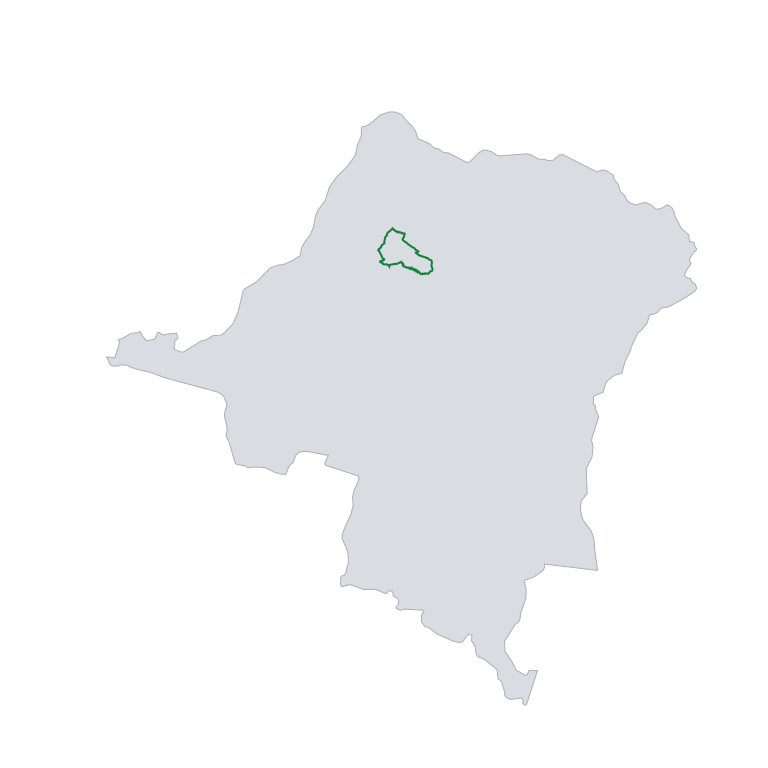 Befale, Équateur, Democratic Republic of the Congo (highlighted), rotated 16°
{"feature_id": "63176286B4133354906354", "entity_name": "Befale", "entity_type": "district", "adm_level": 2, "iso_a3": "COD", "parent_name": "Democratic Republic of the Congo", "parent_adm1": "Équateur", "projection": "orthographic", "projection_center": [21.248, 0.596], "detail": "fine", "context": "in_parent", "style": "outline", "palette": "green", "viewbox_px": 768, "rotation_deg": 16, "n_neighbors": 0, "source": "geoboundaries", "source_scale": "gbopen_adm2", "svg_char_len": 8855}
<svg xmlns="http://www.w3.org/2000/svg" viewBox="0 0 768 768"><g transform="rotate(16 384 384)"><path d="M640.7,504.3L587.9,512.8L588.9,515.8L588.4,518.9L586.9,521.4L581.5,527.9L573.4,533.9L573.3,535.4L577.2,542.1L579.5,551.2L578.5,567.3L579.5,571.7L579.2,575.1L576.4,578.9L570.7,598.2L574.0,607.5L584.1,616.2L589.9,622.7L600.0,625.0L601.6,624.6L602.4,619.2L610.5,617.2L609.4,651.4L608.8,653.3L607.3,653.8L605.4,652.7L604.9,649.4L602.8,648.0L592.8,652.2L590.3,652.2L587.6,651.4L585.6,649.7L585.1,647.1L578.5,637.1L575.1,636.4L571.5,627.5L556.0,620.9L550.1,620.4L547.0,618.4L544.1,611.3L538.9,606.7L537.9,601.7L536.8,601.0L533.6,602.0L530.7,610.0L527.1,611.9L520.7,612.1L504.6,609.8L493.2,605.7L490.2,605.9L485.6,602.2L483.8,596.1L484.9,591.3L484.1,590.6L466.4,594.6L462.1,597.0L458.1,596.4L456.9,595.1L458.7,591.8L457.9,588.3L456.6,586.6L451.4,585.3L449.8,581.5L446.6,581.0L445.5,581.5L444.7,584.1L442.8,585.0L432.3,583.7L421.3,587.1L406.6,586.2L399.6,590.3L398.6,590.1L397.1,588.1L395.7,581.6L396.5,579.8L398.7,578.5L399.4,575.8L398.7,569.1L399.3,567.5L398.5,563.6L396.4,557.3L393.3,552.3L386.7,544.6L385.4,541.0L385.9,532.5L388.1,518.9L387.8,508.8L385.1,502.2L384.5,495.2L386.3,482.4L384.6,479.4L350.9,478.3L349.4,477.3L348.8,475.6L350.3,468.0L329.8,469.9L323.6,471.4L319.8,474.5L318.6,478.3L318.5,483.9L315.4,489.1L314.5,498.1L308.9,499.1L303.2,499.0L292.2,497.2L281.6,499.7L276.4,502.1L273.6,500.9L264.1,501.8L262.8,501.2L251.7,483.5L246.8,477.7L245.8,474.8L246.2,472.1L244.8,468.4L239.7,459.3L238.7,455.1L238.9,448.5L238.3,446.2L233.6,440.5L230.6,438.6L227.2,437.6L172.3,438.4L154.1,437.2L140.9,438.0L134.2,437.5L132.4,436.7L126.3,437.9L123.2,440.2L118.5,441.5L115.6,441.0L109.8,434.4L117.5,433.3L118.1,432.6L118.4,416.8L116.3,414.6L120.4,411.9L127.0,405.0L133.5,402.5L134.3,401.1L135.7,401.2L138.1,404.1L143.7,407.9L150.7,404.6L151.4,403.6L152.3,396.9L154.0,396.3L157.0,397.7L158.7,397.7L161.7,395.8L170.6,392.4L173.3,396.7L170.9,400.7L172.0,403.4L172.3,407.8L173.7,408.7L180.8,409.2L182.8,408.2L196.7,392.7L200.4,390.9L206.2,384.7L214.1,381.9L217.4,377.0L221.9,368.3L223.9,355.8L223.0,334.0L223.7,331.1L233.1,321.3L242.8,303.6L249.4,298.9L254.3,297.0L262.0,290.5L268.0,284.0L267.2,276.1L268.6,269.6L271.9,261.3L273.0,252.5L271.9,243.2L272.4,235.6L276.9,223.6L277.3,209.7L281.4,198.1L289.5,183.3L293.3,172.3L292.6,161.5L293.7,153.5L293.3,148.8L291.8,144.7L292.6,142.2L295.7,141.1L299.5,137.0L306.3,126.4L313.7,121.2L318.8,119.6L324.2,119.8L327.7,120.7L333.3,124.9L339.8,128.2L344.6,132.4L349.3,138.8L360.8,140.3L365.7,142.6L368.7,143.5L369.9,142.9L372.2,143.2L377.6,145.1L382.0,144.1L403.2,148.3L405.6,146.2L411.6,135.1L416.0,131.3L423.2,130.9L428.9,133.0L431.9,133.0L457.9,123.4L461.3,123.0L470.8,125.3L476.9,123.7L479.4,124.2L484.7,122.5L489.0,115.8L492.6,114.2L529.9,121.4L535.6,117.9L538.3,117.5L546.6,120.0L549.2,124.1L554.2,127.6L557.8,133.4L563.4,136.7L566.2,139.8L569.5,141.9L576.2,142.7L584.8,137.5L590.8,138.0L596.9,140.8L599.0,140.7L603.6,137.6L606.0,134.3L608.3,133.6L611.9,135.0L614.9,138.1L617.5,142.5L626.9,152.5L635.9,156.7L638.2,162.9L641.4,162.3L643.1,162.8L645.4,166.7L647.1,167.5L647.4,169.1L645.2,172.7L643.1,179.7L645.9,184.0L643.7,190.2L642.6,196.7L645.5,198.3L649.2,198.2L652.7,201.5L655.4,202.0L658.2,205.6L657.6,208.6L648.8,219.1L635.6,232.0L631.1,233.5L628.8,235.9L627.2,239.7L623.3,242.9L620.3,244.1L620.1,253.4L615.6,263.1L613.9,265.0L611.4,280.7L611.8,283.4L609.4,296.2L609.8,308.1L603.3,311.9L598.8,317.7L596.9,321.8L596.9,331.5L589.5,337.5L589.0,338.8L590.8,345.6L593.4,346.7L593.5,349.0L599.4,356.3L598.8,378.9L599.1,381.1L602.2,386.5L604.1,396.7L601.7,409.7L609.5,433.4L605.7,442.1L607.3,450.4L612.0,459.1L623.1,467.7L626.1,471.2L628.9,476.0L631.4,483.3L640.7,504.3Z" fill="#d9dde1" stroke="#a8b0b8" stroke-width="1"/><path d="M341.7,257.2L343.0,257.7L343.3,258.0L343.5,258.5L343.9,258.9L344.0,259.1L344.5,259.5L345.6,260.8L346.1,261.1L346.7,262.2L347.5,263.0L348.1,263.4L348.5,263.6L349.0,263.6L349.4,263.9L349.7,264.0L349.8,264.1L349.8,264.3L349.8,264.6L349.6,265.0L349.4,265.2L348.7,265.6L346.9,266.8L346.6,267.1L346.6,267.5L346.8,267.9L348.4,268.0L349.4,268.1L349.5,268.2L350.1,269.0L351.2,269.0L351.8,268.8L353.0,268.3L353.3,268.4L353.6,268.5L353.9,268.3L354.3,268.3L355.1,268.4L355.8,268.8L356.3,269.0L356.6,269.4L356.6,269.2L356.8,269.1L356.9,268.8L356.8,268.5L356.7,268.5L356.6,268.1L356.7,267.9L358.6,266.9L359.5,266.5L359.9,266.4L360.2,266.3L360.6,265.7L360.8,265.6L361.0,265.5L361.3,265.5L361.4,265.4L361.6,265.3L361.8,265.4L362.5,265.5L365.2,263.4L365.9,262.6L366.2,262.5L366.5,262.2L366.8,262.0L366.9,261.9L367.0,262.2L367.1,262.5L367.6,262.8L368.1,262.8L368.3,262.6L368.5,262.6L368.3,262.7L368.3,262.8L368.6,262.9L368.8,262.9L368.8,263.2L368.8,263.3L368.6,263.3L368.7,263.5L369.0,263.6L369.1,263.8L369.5,263.8L369.4,264.1L369.7,264.3L369.8,264.5L369.7,264.6L369.5,265.0L369.8,265.2L370.2,264.9L370.5,265.2L370.5,265.4L370.7,265.5L370.9,265.6L371.3,265.5L371.6,265.6L371.9,265.6L372.2,265.6L372.4,265.5L372.5,265.5L372.6,265.8L372.8,265.9L373.0,265.9L373.0,265.7L373.2,265.8L373.4,265.8L373.5,265.6L374.0,265.6L374.3,265.6L374.8,265.7L375.1,265.6L375.4,265.8L375.5,265.7L375.8,265.8L376.0,265.6L376.3,265.7L376.2,265.5L376.1,265.2L376.3,265.1L376.6,265.4L376.9,265.6L377.1,265.4L377.1,265.2L377.3,265.1L377.2,265.3L377.3,265.4L377.5,265.3L377.6,265.5L377.5,265.8L377.7,265.6L377.8,265.6L378.0,265.8L378.0,266.0L378.4,265.8L378.9,265.7L379.0,265.5L379.1,265.4L379.4,265.5L379.6,265.4L379.6,265.5L379.8,265.4L380.0,265.6L380.1,265.4L380.3,265.3L380.6,265.2L380.7,265.3L380.6,265.5L380.9,265.6L381.4,265.4L381.5,265.5L381.4,265.9L381.4,266.0L381.7,265.8L381.9,265.8L382.0,265.6L382.3,265.7L382.6,265.4L382.8,265.6L383.0,265.3L383.2,265.5L383.2,265.8L383.3,265.7L383.5,265.8L383.7,265.7L383.8,265.7L383.9,266.1L383.9,266.3L384.0,266.5L384.2,266.1L384.4,266.0L384.6,265.6L384.9,265.5L384.7,265.7L384.6,265.8L384.5,266.3L384.4,266.5L384.6,266.5L384.9,266.8L385.1,266.7L385.2,266.8L385.2,266.7L385.4,266.7L385.5,266.5L385.8,266.7L385.9,266.4L386.1,266.5L386.3,266.7L386.5,266.6L386.6,266.8L386.8,266.7L387.0,266.8L387.4,267.1L387.7,267.2L387.9,267.3L388.5,267.5L388.5,267.8L388.7,267.7L388.8,267.8L389.0,267.8L389.3,267.8L389.6,268.0L390.0,267.9L390.4,267.8L390.5,267.7L390.6,267.8L390.8,267.5L390.9,267.4L391.0,267.5L391.2,267.3L391.5,267.3L391.7,267.1L391.9,267.1L392.1,267.1L392.3,267.0L392.6,266.9L392.7,266.6L393.1,266.4L393.3,266.4L393.4,266.2L393.6,266.3L393.8,266.5L394.1,266.4L394.4,266.3L394.7,266.2L394.8,266.1L395.0,266.0L395.3,265.8L395.6,265.7L396.2,265.8L396.5,265.2L396.6,264.8L396.8,264.6L397.1,264.0L397.3,263.0L397.4,262.9L398.0,262.7L398.9,262.3L399.1,260.8L398.9,259.9L397.6,258.2L397.1,257.5L397.0,257.2L396.6,254.1L396.5,253.8L396.0,253.0L395.7,252.3L394.8,251.9L394.4,251.8L394.0,251.9L393.6,252.0L393.2,252.0L392.5,251.8L392.0,251.3L391.7,251.0L390.2,251.0L390.0,250.9L389.9,251.1L389.6,251.0L389.3,251.0L388.8,250.9L388.5,250.9L388.3,250.8L387.8,250.8L387.0,250.7L386.5,250.9L386.2,250.9L385.8,250.8L385.7,250.9L385.4,250.8L385.2,250.7L384.9,250.7L384.6,250.7L384.1,250.7L383.7,250.9L383.0,250.4L382.1,250.6L381.7,250.5L379.2,249.4L378.9,249.3L378.6,249.2L378.4,249.0L378.7,248.8L379.5,248.3L379.7,248.1L380.2,247.8L380.4,247.5L380.5,247.1L379.6,247.0L378.9,246.5L378.6,246.4L377.5,246.4L376.9,246.0L376.7,245.7L375.9,245.1L375.4,244.8L375.1,244.8L374.0,244.9L373.8,244.8L373.4,244.4L372.0,244.3L370.8,243.5L370.2,243.4L368.8,243.2L368.2,242.6L367.1,242.3L366.7,242.1L365.9,241.5L365.4,241.7L363.4,240.9L362.7,240.5L362.2,240.2L362.0,239.7L362.0,239.1L362.1,238.6L362.3,238.1L362.7,237.3L362.5,236.8L362.7,236.2L362.5,233.9L362.2,233.6L361.8,233.8L361.6,233.8L361.4,233.8L361.1,233.9L360.8,233.9L360.7,234.1L360.3,234.1L360.2,234.0L359.9,233.9L359.5,234.2L359.4,234.1L359.1,233.9L359.0,234.0L358.9,234.0L358.8,233.9L358.7,233.8L358.3,233.9L357.8,233.7L357.6,233.9L357.4,233.9L357.2,233.9L357.1,234.0L356.8,234.1L356.6,234.1L356.4,234.0L356.5,234.0L356.4,233.9L356.3,234.0L356.1,233.9L355.8,234.2L355.6,234.0L355.4,234.2L355.1,234.0L354.9,233.8L354.7,233.8L354.4,233.8L354.2,233.9L353.9,233.9L353.8,234.1L353.6,233.9L353.2,233.9L352.8,233.8L352.4,233.5L352.2,233.6L351.9,233.3L351.7,233.2L351.4,233.0L351.2,233.2L350.9,233.1L350.7,233.0L350.5,232.9L350.1,232.9L350.1,232.6L349.9,232.6L349.7,232.5L349.3,232.5L349.2,232.3L347.7,235.0L347.2,235.9L346.9,236.2L346.7,236.5L346.4,236.9L346.1,237.0L345.8,237.3L345.7,237.9L345.6,238.1L345.6,238.7L345.6,240.1L345.9,240.3L345.8,240.7L345.7,240.8L345.6,241.0L345.1,241.7L344.8,242.2L344.8,242.8L344.7,243.2L344.9,243.9L344.9,245.8L345.0,246.9L345.3,247.5L345.3,247.8L345.6,248.6L345.5,248.8L343.5,251.4L343.4,251.6L343.4,252.1L343.6,252.6L343.5,253.2L343.3,253.6L343.0,253.8L342.9,254.0L342.8,254.7L342.4,255.3L342.1,255.4L341.8,255.7L341.9,255.9L341.7,256.2L341.8,256.6L341.7,257.2Z" fill="none" stroke="#15803d" stroke-width="2"/></g></svg>